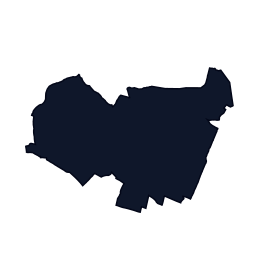 the district of Chiesd, Satu Mare, Romania, rotated 104°
{"feature_id": "2599482B13011976625208", "entity_name": "Chiesd", "entity_type": "district", "adm_level": 2, "iso_a3": "ROU", "parent_name": "Romania", "parent_adm1": "Satu Mare", "projection": "albers", "projection_center": [22.885, 47.378], "detail": "fine", "context": "isolated", "style": "filled", "palette": "ink", "viewbox_px": 256, "rotation_deg": 104, "n_neighbors": 0, "source": "geoboundaries", "source_scale": "gbopen_adm2", "svg_char_len": 5816}
<svg xmlns="http://www.w3.org/2000/svg" viewBox="0 0 256 256"><g transform="rotate(104 128 128)"><path d="M176.8,207.9L177.0,207.0L176.7,206.3L176.8,206.0L176.9,205.9L177.7,205.9L177.9,205.7L177.3,203.8L177.2,202.9L177.1,201.9L177.0,201.3L176.8,200.7L176.8,200.2L176.7,200.0L177.9,199.5L178.2,199.4L178.4,199.2L178.7,198.4L178.8,197.7L179.3,196.1L179.7,195.2L179.8,194.7L180.1,193.5L180.5,192.0L180.6,191.6L181.1,190.7L181.3,190.0L181.9,188.0L182.4,186.6L182.8,185.1L183.0,184.5L184.5,179.6L184.9,178.8L185.0,178.3L185.3,177.7L185.5,176.8L185.4,175.7L185.1,173.9L185.2,173.6L188.7,167.2L190.5,164.2L192.8,160.7L194.9,158.0L191.5,155.9L191.2,155.6L189.8,154.9L188.8,154.2L186.1,152.7L185.6,152.6L183.4,151.1L182.9,150.8L182.3,150.7L180.7,149.7L180.0,149.3L180.5,147.8L180.9,146.1L182.0,142.1L181.0,141.0L180.3,139.9L179.8,139.0L179.2,137.7L178.9,136.7L178.6,135.4L178.2,134.9L177.4,134.1L177.0,133.7L176.2,133.5L175.9,133.3L174.9,133.1L176.1,131.4L178.7,127.2L179.6,127.6L179.8,127.5L180.0,126.9L180.4,125.3L180.8,123.3L181.2,122.3L181.5,121.6L182.0,120.2L182.9,118.3L185.5,119.1L189.6,119.9L191.3,119.9L191.9,119.9L193.0,119.5L193.4,119.4L194.0,119.6L195.1,119.9L196.3,120.0L197.4,120.5L198.7,120.9L199.4,121.0L200.3,120.9L205.8,120.8L205.8,119.5L206.1,117.0L206.3,114.5L206.3,113.2L206.2,111.5L206.2,108.3L206.4,102.4L206.8,97.6L206.7,95.8L203.9,95.9L201.1,95.8L201.6,91.3L198.4,91.4L188.4,91.6L189.1,89.5L189.2,89.2L189.4,88.5L190.3,86.2L191.7,83.7L192.3,83.1L192.9,82.6L193.1,82.3L193.9,81.0L194.1,80.0L194.3,77.8L194.5,76.9L194.6,76.4L194.4,76.3L194.2,76.3L191.0,76.2L188.3,76.3L186.1,76.3L185.4,76.2L185.2,76.1L185.5,73.9L187.2,63.4L187.7,59.5L187.8,58.8L186.9,58.8L186.0,58.4L184.9,57.9L183.6,57.0L183.2,56.8L182.8,56.8L182.5,57.0L182.1,57.6L181.4,58.1L181.0,58.3L180.9,58.0L181.0,57.2L180.9,55.5L181.0,54.4L181.2,53.0L181.5,51.2L181.8,50.3L181.0,50.0L178.6,49.7L177.8,49.4L175.8,49.0L175.2,48.8L172.4,48.6L169.8,48.0L165.1,47.3L164.2,47.0L159.4,46.6L158.2,46.4L156.5,46.3L155.3,46.0L154.4,46.0L152.1,45.5L151.4,45.5L150.2,45.3L148.1,45.0L147.3,44.8L146.5,44.8L145.9,44.6L144.7,44.5L144.1,44.3L143.7,44.1L143.2,44.0L141.6,43.9L140.8,44.1L140.4,44.4L139.8,44.7L138.4,45.2L138.1,45.4L137.8,45.4L135.7,45.0L134.1,45.0L132.9,44.6L132.3,44.6L131.5,44.3L129.4,44.3L128.4,44.4L128.0,44.2L127.3,43.7L126.8,43.7L126.5,43.6L126.2,43.6L124.8,43.3L124.4,43.4L124.0,43.2L123.2,43.2L122.5,43.0L121.7,43.0L121.4,42.9L120.4,42.8L120.0,42.7L119.5,42.4L119.0,42.5L114.4,41.8L111.1,41.3L109.7,41.0L108.8,41.2L108.6,41.2L107.6,40.8L106.9,40.7L106.7,40.8L106.2,43.4L105.6,45.3L105.4,46.2L104.9,47.6L104.1,49.3L103.9,49.7L102.1,51.3L101.9,51.7L101.4,52.1L100.7,53.0L100.9,51.7L101.0,51.1L100.7,50.5L100.2,49.4L99.6,47.7L99.4,46.7L99.1,45.8L98.9,44.5L98.8,44.3L98.9,43.7L98.8,43.4L98.3,41.9L98.1,41.5L97.8,41.5L97.6,41.5L95.5,41.9L94.8,41.8L94.4,41.5L93.9,41.4L92.5,40.6L90.9,39.2L90.2,38.7L86.5,37.7L85.5,39.8L82.4,38.4L81.6,37.9L81.5,37.7L82.0,36.9L82.1,36.5L82.1,36.1L82.4,35.6L82.5,34.7L82.7,34.1L82.8,33.8L81.3,31.8L80.9,31.5L72.5,35.0L59.2,40.4L49.5,52.0L50.6,54.0L50.5,54.6L50.4,55.2L50.5,56.3L50.3,57.0L49.8,57.2L49.2,58.2L49.4,58.6L49.8,59.2L49.7,60.5L50.0,62.0L50.1,63.3L56.0,63.3L58.3,63.4L59.5,63.2L65.3,63.3L67.7,63.9L71.5,67.0L75.0,81.4L77.5,87.5L80.8,101.5L81.9,115.1L82.6,116.0L82.6,116.5L82.9,117.1L83.8,118.4L83.8,118.6L83.9,119.1L84.0,119.6L84.7,120.4L84.9,121.2L85.1,121.9L85.2,122.3L85.6,122.7L86.1,123.2L86.4,123.6L86.8,124.0L87.3,125.8L87.6,126.6L87.7,127.6L87.6,128.0L87.4,131.6L88.0,132.7L88.5,134.7L88.2,136.2L88.8,137.6L89.6,138.2L90.4,138.3L91.8,137.3L98.1,133.8L98.4,134.3L98.1,136.4L98.1,139.1L98.0,142.9L99.4,143.9L103.3,145.0L104.8,145.3L104.6,145.5L107.7,145.9L108.5,146.4L109.9,147.1L110.9,147.7L111.1,148.1L109.5,149.3L109.8,150.1L109.9,150.8L109.9,151.3L109.4,153.2L109.1,153.8L108.7,154.4L108.4,155.0L107.6,156.2L107.2,156.7L106.9,156.8L106.8,157.1L105.6,159.3L105.1,160.5L105.0,160.8L104.8,161.1L104.3,161.4L103.7,161.9L103.4,162.5L103.0,162.8L102.8,163.2L102.8,163.4L102.2,164.2L102.1,164.7L101.7,165.0L101.4,165.8L101.4,166.4L101.3,167.1L100.9,167.9L100.9,168.6L100.7,169.1L100.6,169.5L100.4,170.3L100.3,170.5L99.8,170.9L99.8,171.1L98.9,172.3L97.3,174.6L96.6,175.3L96.4,175.6L96.4,175.9L96.6,177.1L96.7,177.4L96.8,177.7L96.9,177.8L96.5,178.1L96.5,178.5L96.5,178.8L95.7,180.4L95.1,181.0L93.8,182.8L92.9,183.5L92.5,183.9L91.2,184.7L90.8,185.0L90.7,186.0L90.4,186.6L89.4,187.4L88.9,188.0L88.4,187.9L88.0,188.6L88.2,188.8L88.9,189.1L90.4,190.2L90.8,190.6L91.3,191.9L91.5,192.8L91.5,193.4L91.6,193.7L92.0,194.5L92.5,195.2L92.8,196.0L93.3,196.8L94.2,198.6L94.8,199.5L95.2,199.7L96.0,200.9L96.6,201.7L97.3,202.3L98.1,202.6L98.5,203.1L99.1,204.0L99.5,204.3L100.0,205.3L100.8,206.2L101.2,206.9L101.4,207.5L101.5,208.0L101.7,208.4L102.3,209.0L102.6,209.4L103.1,210.4L103.7,211.4L105.9,213.8L106.4,214.3L106.9,214.6L107.4,214.8L109.8,215.7L110.7,215.8L113.9,216.1L116.2,215.7L119.5,215.0L120.0,214.9L120.9,215.0L122.4,215.3L123.3,215.6L124.1,216.0L124.9,216.5L125.5,216.8L125.9,217.2L126.1,217.7L126.6,218.7L127.3,219.6L129.1,221.1L130.3,222.0L131.6,222.7L133.0,223.4L134.4,223.9L135.6,224.0L135.8,223.7L137.0,224.1L137.3,224.4L139.0,224.5L139.0,224.1L138.9,223.7L139.2,222.8L140.1,222.1L140.8,222.0L144.9,221.4L145.7,221.1L147.4,220.7L148.4,220.3L148.8,220.2L149.2,219.9L150.4,219.5L151.0,219.2L151.7,219.0L152.5,219.0L153.3,218.9L155.2,218.4L157.8,217.4L158.3,217.1L159.3,216.7L161.4,216.1L163.5,215.3L164.4,214.8L165.3,214.5L166.3,213.9L166.4,218.1L166.7,218.9L167.2,219.4L168.6,219.8L169.4,219.9L169.4,220.6L170.1,222.2L170.4,222.7L170.7,222.7L173.2,221.6L175.8,220.6L176.0,220.6L176.1,220.1L176.0,219.5L175.8,218.7L175.5,217.7L175.2,216.4L175.1,215.6L174.9,214.7L175.2,213.5L175.8,211.7L175.9,210.9L176.1,210.4L176.4,208.8L176.8,207.9Z" fill="#0f172a" stroke="#020617" stroke-width="1.5"/></g></svg>